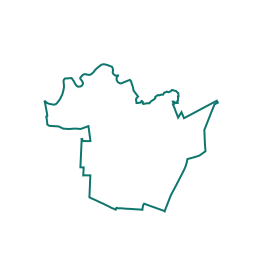 outline of Mihaileni, Botosani, Romania, rotated 130°
{"feature_id": "2599482B73560952630788", "entity_name": "Mihaileni", "entity_type": "district", "adm_level": 2, "iso_a3": "ROU", "parent_name": "Romania", "parent_adm1": "Botosani", "projection": "orthographic", "projection_center": [26.143, 47.957], "detail": "fine", "context": "isolated", "style": "outline", "palette": "teal", "viewbox_px": 256, "rotation_deg": 130, "n_neighbors": 0, "source": "geoboundaries", "source_scale": "gbopen_adm2", "svg_char_len": 5595}
<svg xmlns="http://www.w3.org/2000/svg" viewBox="0 0 256 256"><g transform="rotate(130 128 128)"><path d="M160.7,209.7L162.3,207.4L169.5,198.7L169.9,198.4L170.7,197.5L171.1,197.5L171.5,197.7L171.8,197.9L173.2,196.2L174.8,194.5L176.0,193.2L177.2,192.1L177.0,189.8L171.3,182.0L170.9,180.3L170.5,178.6L170.0,177.0L166.5,172.3L162.9,168.7L159.1,163.6L152.0,159.5L162.1,148.4L162.6,148.8L167.2,154.4L165.8,156.0L166.4,156.5L167.6,154.9L167.9,155.1L188.7,139.2L186.7,136.6L193.1,131.8L191.4,130.0L190.5,128.8L189.8,127.9L188.8,126.9L188.5,126.4L205.9,113.0L205.3,110.5L204.7,108.6L204.2,106.7L203.7,104.8L203.2,102.9L202.7,101.0L202.1,98.9L202.1,99.0L201.6,97.1L201.5,96.4L201.1,94.9L200.9,94.2L200.6,93.1L200.2,91.1L199.7,89.0L199.4,88.1L199.0,87.0L198.8,86.2L198.5,84.9L198.4,84.9L197.9,85.2L196.9,85.4L196.7,85.5L196.5,85.4L196.4,85.3L196.2,85.0L196.1,84.5L195.8,83.9L195.7,83.6L195.0,83.0L193.6,81.2L192.3,79.4L191.1,77.6L189.7,75.8L189.2,75.2L187.9,73.4L187.4,72.8L186.9,72.0L185.5,70.1L184.0,68.1L183.5,67.5L183.1,66.9L181.9,65.2L181.6,64.7L181.4,64.4L180.0,65.3L178.7,66.1L178.1,66.4L177.5,66.7L177.0,66.8L176.2,67.0L175.6,67.0L175.1,65.6L173.0,59.7L172.8,59.1L172.5,58.5L172.3,58.0L172.3,57.9L172.2,57.8L172.2,57.7L172.1,57.4L171.7,56.3L170.9,54.0L170.2,52.3L169.0,48.9L168.7,48.2L168.5,47.7L168.4,47.3L168.4,47.1L168.3,46.3L166.6,47.0L152.1,51.9L140.9,54.3L124.6,58.0L120.8,59.1L117.1,60.6L113.9,62.4L113.6,62.5L107.4,58.2L103.3,55.6L96.0,53.7L90.8,58.8L81.7,67.1L80.6,68.2L61.2,74.7L54.3,76.9L50.8,75.5L50.4,76.5L50.1,77.5L51.1,77.9L57.4,80.5L84.5,91.4L81.5,97.2L86.3,96.5L87.8,96.3L86.0,99.5L85.0,101.5L83.2,104.5L82.2,106.4L82.0,106.9L81.0,108.8L80.2,108.3L79.5,109.7L78.9,110.7L78.7,110.5L78.9,110.0L78.1,109.2L78.1,108.8L78.2,108.6L78.5,108.4L78.6,108.1L78.3,107.8L78.0,107.3L77.7,106.9L77.2,106.4L76.7,106.0L76.4,106.4L76.4,106.8L76.3,107.1L76.0,107.5L75.8,107.6L75.5,107.6L75.1,107.4L74.8,107.4L74.5,107.5L73.4,108.5L72.2,109.5L71.8,110.0L71.3,109.6L69.6,111.2L68.9,112.0L69.1,112.6L69.1,113.1L68.9,113.7L68.9,114.3L68.8,114.9L68.9,115.3L69.2,115.7L69.6,116.4L69.8,117.1L70.0,117.4L70.2,118.1L70.5,118.7L72.0,118.8L72.5,118.8L73.3,119.4L73.8,119.6L74.4,119.8L74.7,120.2L75.0,121.1L75.1,121.6L75.6,121.8L76.9,122.5L77.2,122.7L77.7,123.0L78.3,122.9L79.1,122.6L79.7,122.5L80.1,122.7L80.5,123.1L80.8,123.7L81.2,124.2L82.0,124.5L82.7,124.8L83.0,125.1L83.1,125.7L83.2,125.9L83.7,126.2L84.4,126.6L86.7,127.1L87.0,127.0L87.3,126.4L87.5,126.3L88.1,126.3L89.2,126.4L92.1,127.3L93.5,127.6L94.4,127.6L95.3,127.5L95.6,127.7L95.9,128.1L96.0,128.4L96.1,128.7L96.6,129.1L97.9,130.2L99.6,131.6L99.7,131.9L99.8,132.1L99.6,132.4L99.4,132.6L98.8,133.1L98.6,133.3L98.5,133.9L98.4,134.5L98.6,135.0L100.2,134.6L100.4,134.7L100.6,134.9L101.0,135.3L102.0,136.1L102.6,136.6L103.1,137.2L103.4,137.5L103.1,137.8L102.8,138.2L102.7,138.3L101.8,139.4L101.5,139.6L100.4,140.6L99.9,140.6L99.3,140.6L98.7,140.6L97.4,140.5L97.3,141.0L97.0,142.2L96.9,142.6L96.9,143.2L96.8,143.3L96.8,143.5L96.6,144.1L96.3,145.2L96.1,146.4L96.0,147.0L95.8,147.5L95.7,147.9L95.5,148.1L95.3,148.3L94.1,149.8L93.5,150.6L93.1,151.2L91.9,153.2L90.9,154.8L90.7,155.0L90.1,156.3L89.9,157.4L90.8,157.9L91.4,158.3L91.5,158.4L92.4,158.8L93.6,159.5L96.3,160.9L96.9,161.1L97.3,161.3L98.2,161.9L98.6,162.4L98.8,162.8L99.0,163.1L99.2,163.9L99.3,164.5L99.3,165.0L99.2,165.8L99.1,166.2L99.0,166.6L98.8,167.0L98.7,167.2L98.3,167.6L98.0,168.0L97.7,168.5L97.2,168.8L96.7,169.0L95.8,169.2L94.8,169.2L94.3,169.3L94.1,169.4L94.1,169.5L95.5,170.7L95.8,171.0L95.9,171.3L96.0,171.5L96.0,172.3L96.1,173.4L96.0,173.7L96.0,174.0L95.8,174.5L95.6,174.9L95.5,175.1L95.3,175.4L95.1,175.5L94.8,175.7L94.8,175.8L94.1,176.1L93.9,176.3L93.7,176.4L93.5,176.5L93.4,176.6L92.6,177.5L92.3,177.9L92.1,178.1L91.8,178.7L91.7,178.9L91.6,179.1L91.5,179.4L91.5,179.7L91.5,179.8L91.7,180.3L91.8,180.7L91.9,181.0L92.2,182.0L92.4,182.4L92.7,183.4L93.3,184.9L93.9,186.1L94.4,187.0L94.7,187.5L95.0,187.8L95.5,188.2L95.9,188.6L96.5,188.9L97.0,189.1L97.3,189.2L97.6,189.3L101.0,190.0L103.8,190.4L104.1,190.4L104.3,190.4L105.4,190.4L105.5,190.4L107.0,190.3L108.5,190.5L109.9,190.6L110.2,190.7L110.8,190.9L111.3,191.1L111.8,191.5L112.3,191.9L112.6,192.4L113.0,192.9L114.0,195.0L114.2,195.3L114.4,195.5L114.6,195.8L114.9,196.0L115.2,196.2L115.6,196.4L116.4,196.7L116.8,196.8L117.4,196.8L118.0,196.8L119.0,196.9L119.5,196.9L120.1,196.8L120.3,196.8L120.5,196.6L120.8,196.3L120.9,196.0L121.1,195.6L121.4,194.1L121.8,192.7L122.1,192.0L122.2,191.8L122.4,191.5L122.6,191.3L122.9,191.1L123.2,191.0L123.7,190.8L124.0,190.7L124.3,190.6L124.9,190.6L125.6,190.7L126.1,190.8L126.7,191.1L126.9,191.3L127.2,191.5L127.7,192.0L127.9,192.2L128.3,192.7L128.5,193.0L128.6,193.5L128.7,193.9L128.7,194.4L128.6,194.8L128.5,195.4L128.4,196.1L128.3,196.3L128.2,196.8L128.0,197.2L127.0,199.5L126.9,199.8L126.7,200.8L126.6,201.1L126.3,202.1L126.3,202.4L126.2,202.5L126.1,203.5L126.5,203.9L127.1,204.4L129.5,206.9L130.6,208.1L130.9,208.2L131.9,208.1L132.0,208.1L132.3,208.1L132.7,207.9L133.1,207.8L133.5,207.5L134.0,207.1L135.3,205.7L136.2,204.7L137.2,203.9L138.0,203.3L138.2,203.1L139.6,202.3L140.6,201.7L141.1,201.5L141.5,201.3L141.9,201.1L142.2,201.0L144.3,200.0L145.2,199.7L146.2,199.5L147.3,199.2L147.5,199.2L147.8,199.1L149.4,198.7L150.0,198.6L150.8,198.5L151.7,198.5L151.8,198.5L154.3,198.4L154.7,198.4L155.5,198.5L155.8,198.6L156.2,198.7L156.3,198.8L156.7,199.0L157.2,199.3L157.4,199.5L157.7,199.7L157.9,200.0L158.9,201.7L159.9,203.4L160.2,204.2L160.6,205.2L160.7,205.8L160.8,206.0L160.8,206.6L160.8,207.5L160.8,208.9L160.8,209.2L160.8,209.5L160.7,209.7Z" fill="none" stroke="#0f766e" stroke-width="2"/></g></svg>